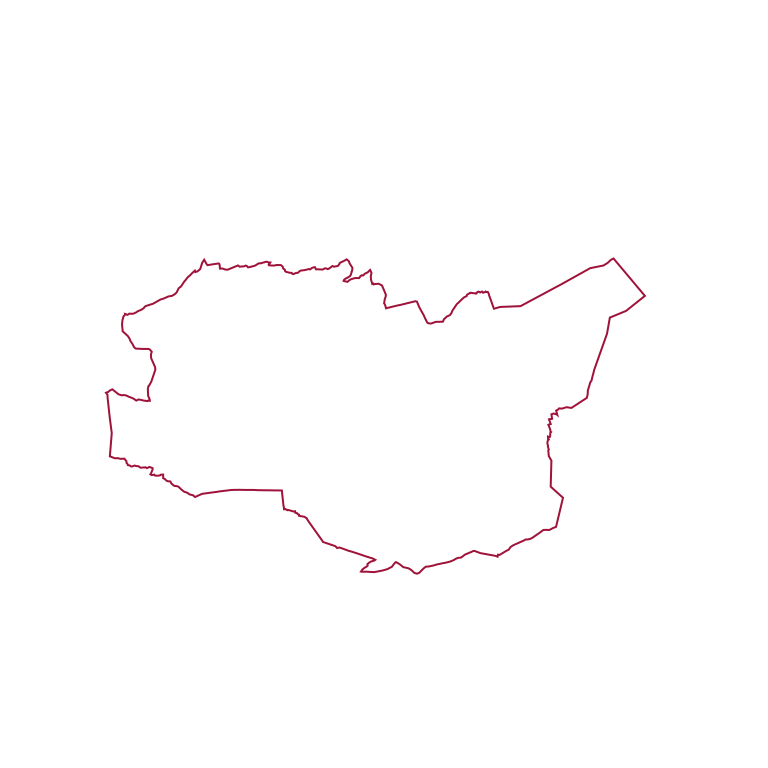 outline of Atlatlahucan, Morelos, Mexico, rotated 50°
{"feature_id": "50627088B89977310862444", "entity_name": "Atlatlahucan", "entity_type": "district", "adm_level": 2, "iso_a3": "MEX", "parent_name": "Mexico", "parent_adm1": "Morelos", "projection": "natural_earth1", "projection_center": [-98.903, 18.941], "detail": "fine", "context": "isolated", "style": "outline", "palette": "rose", "viewbox_px": 768, "rotation_deg": 50, "n_neighbors": 0, "source": "geoboundaries", "source_scale": "gbopen_adm2", "svg_char_len": 6165}
<svg xmlns="http://www.w3.org/2000/svg" viewBox="0 0 768 768"><g transform="rotate(50 384 384)"><path d="M586.2,320.0L569.8,322.3L550.3,305.0L545.2,304.1L540.5,300.9L540.2,299.9L537.4,298.8L536.7,298.0L535.3,297.5L534.0,296.6L532.1,294.2L532.4,293.5L531.2,293.3L529.7,292.2L531.1,291.4L531.0,290.5L528.3,288.0L528.2,286.9L527.6,287.1L525.9,286.0L521.6,284.5L521.0,284.4L521.2,283.3L521.8,282.0L517.1,280.3L518.7,277.6L514.8,275.2L515.7,273.0L518.4,271.2L519.0,271.1L515.0,269.2L515.5,267.1L515.2,265.6L517.3,263.4L519.1,259.1L522.8,255.8L525.0,237.6L522.9,234.7L519.9,231.9L516.8,227.1L515.2,224.8L515.2,224.2L515.0,223.2L510.9,217.6L510.6,217.0L508.4,214.1L488.8,180.8L478.3,168.3L483.6,151.6L484.2,127.5L435.4,127.5L434.7,130.5L435.0,134.7L434.3,139.7L427.8,151.6L421.8,183.0L412.1,229.4L399.7,245.4L398.3,248.4L397.9,249.5L397.0,251.4L383.7,246.5L382.0,245.7L380.2,245.3L379.3,246.5L378.5,246.7L378.6,247.5L378.1,248.4L377.8,249.4L376.8,249.3L376.1,249.5L375.7,251.5L374.1,252.1L373.6,253.2L373.8,253.5L373.8,254.1L374.1,255.1L373.9,255.4L373.6,255.3L371.4,257.7L370.9,257.9L370.1,258.7L369.9,259.5L369.5,259.6L369.0,263.0L369.8,264.3L369.1,266.7L369.2,270.3L369.6,274.6L369.6,276.8L371.7,284.2L373.0,286.8L373.6,289.3L372.7,292.5L372.9,294.9L372.9,296.4L374.1,298.7L373.7,299.4L369.6,304.5L368.3,308.2L367.7,309.4L366.3,310.7L364.9,311.4L360.9,310.5L356.6,309.3L350.7,308.2L350.1,308.0L348.5,307.8L346.4,307.2L342.1,305.8L340.8,306.7L334.0,320.5L332.2,323.8L327.3,333.8L325.3,332.8L323.1,332.1L322.1,332.0L321.5,331.1L319.9,329.4L318.0,326.4L316.7,325.1L307.2,322.2L303.8,323.6L301.6,326.7L301.1,327.8L300.1,327.7L299.9,328.7L295.6,326.8L293.0,324.9L290.9,322.2L287.7,321.3L287.8,323.3L288.0,324.1L287.7,326.2L287.3,327.0L287.2,328.0L287.4,329.2L287.4,330.4L286.5,331.0L286.2,332.5L286.6,334.0L286.9,334.9L284.3,338.0L282.7,341.5L282.3,343.1L282.2,344.2L282.3,346.3L279.1,348.7L278.6,347.9L278.5,346.2L278.7,345.0L279.0,344.2L279.5,340.7L279.0,339.2L277.8,337.4L277.2,336.7L277.3,336.6L276.4,335.3L275.0,333.7L274.6,333.5L269.4,332.8L267.4,332.0L264.5,332.5L263.9,336.1L263.1,338.7L262.9,340.1L263.6,341.5L263.9,343.6L261.9,347.0L260.5,347.6L260.2,352.3L259.8,353.3L258.1,354.1L257.4,355.1L256.9,357.4L253.1,361.5L252.6,362.3L251.5,362.2L250.1,361.8L249.4,363.0L248.8,364.5L248.7,367.0L247.7,367.6L245.8,371.5L243.6,374.9L243.3,376.2L243.5,378.1L243.4,378.7L242.5,379.7L241.5,382.9L240.8,383.4L239.5,383.3L237.7,385.2L236.7,385.7L235.3,386.9L233.9,387.2L232.8,386.5L230.7,387.0L229.0,386.2L226.7,386.5L223.8,389.8L222.8,391.8L221.1,393.8L219.1,395.8L218.5,395.7L217.8,393.1L216.6,394.4L215.6,394.8L214.8,395.4L214.1,396.7L213.9,397.4L213.2,398.7L212.3,401.0L211.3,401.9L210.9,403.4L210.5,406.5L209.6,408.6L207.7,412.5L207.2,413.2L205.7,413.2L204.4,413.8L204.0,415.4L201.3,419.2L199.3,419.7L195.9,430.4L194.2,432.1L191.7,433.5L190.2,435.5L187.0,433.3L186.2,433.0L185.7,433.0L185.3,433.3L182.0,438.6L179.6,442.7L178.7,442.9L173.2,441.9L174.3,445.4L177.6,450.5L177.9,451.7L177.8,453.1L177.9,454.3L177.0,456.5L175.6,456.0L175.8,460.4L176.1,462.9L176.0,465.3L176.8,469.0L177.1,471.0L178.8,476.8L178.7,479.8L180.6,484.1L180.7,486.8L180.2,489.7L178.3,493.0L177.0,497.6L175.6,501.0L174.1,509.2L171.1,516.5L171.1,517.7L171.3,518.6L171.4,521.1L171.0,522.0L170.9,523.1L170.3,524.7L169.9,526.3L169.9,527.7L169.5,528.8L169.3,530.0L168.5,531.6L166.7,533.5L166.4,533.9L166.2,535.9L166.0,536.2L164.9,536.7L164.0,537.3L164.5,537.5L164.7,540.0L166.9,543.2L170.2,546.6L174.4,549.4L175.6,550.3L182.7,549.4L185.4,549.7L188.1,550.6L191.9,551.0L195.2,551.8L197.3,551.4L202.4,545.9L205.7,541.9L207.0,541.2L210.0,541.2L211.6,543.6L214.6,545.8L223.9,548.5L226.1,550.0L232.7,560.9L234.4,565.5L234.2,565.7L235.7,567.8L237.8,569.5L241.4,572.2L242.0,572.5L244.8,573.2L246.3,574.2L245.1,575.1L245.2,576.0L242.4,578.6L239.3,580.9L238.0,582.1L237.6,584.2L237.4,584.5L234.7,585.1L232.3,586.2L229.9,587.6L227.2,588.8L225.3,590.3L224.0,592.3L221.2,594.0L213.5,595.5L212.8,597.8L212.8,600.3L212.0,602.6L214.7,602.8L216.3,604.2L232.1,614.8L246.6,624.1L263.2,640.5L267.9,637.9L269.5,635.8L272.0,633.9L274.4,630.8L276.6,631.0L277.5,630.9L279.1,632.0L280.6,631.9L281.6,632.3L283.0,631.1L284.3,630.9L285.1,630.2L286.2,627.4L287.6,626.6L289.1,625.0L291.8,624.2L293.3,621.9L293.9,621.3L294.4,620.3L296.0,619.7L296.5,618.4L296.6,617.2L296.9,616.9L298.3,616.1L299.6,615.4L300.6,616.0L302.6,619.7L303.0,621.0L303.3,620.9L303.5,620.6L304.3,620.7L304.7,620.2L305.8,618.2L306.9,618.3L308.6,616.6L310.0,614.4L310.0,613.3L311.4,611.4L314.2,613.7L316.1,612.9L318.2,612.8L319.8,611.9L321.0,610.5L321.5,610.3L323.1,610.8L324.4,610.7L327.1,610.2L329.3,608.2L330.5,607.5L335.0,607.0L338.1,606.3L340.6,604.7L343.6,603.9L346.5,601.8L349.1,601.4L351.2,594.0L357.3,584.3L359.0,581.7L360.7,578.8L367.3,568.7L372.1,562.8L377.5,556.6L381.6,551.7L384.5,548.6L399.9,530.7L412.7,539.3L413.3,539.5L415.7,541.1L416.3,540.0L418.5,539.2L418.5,538.7L420.8,537.0L423.4,535.4L424.3,533.9L425.6,534.7L427.2,533.6L428.0,533.8L429.4,533.1L430.4,533.8L434.7,530.2L436.3,529.9L436.9,529.5L437.2,529.5L438.0,529.8L441.6,530.2L454.3,531.2L464.3,532.0L465.8,532.3L476.9,525.5L479.4,525.4L480.6,523.3L482.6,522.0L489.6,518.0L490.6,517.2L496.4,513.5L505.2,508.2L510.2,504.9L513.1,503.7L513.0,504.9L511.6,508.2L511.3,510.4L511.3,512.4L512.6,513.3L512.7,515.1L512.3,516.8L512.2,519.7L512.9,522.2L513.7,521.5L516.4,518.2L520.0,514.4L521.9,512.3L525.9,505.1L528.0,500.4L529.1,495.3L528.3,492.2L528.0,490.2L528.1,489.3L531.3,488.1L533.6,487.5L536.6,487.0L540.8,483.8L541.9,483.3L544.7,482.5L548.1,482.2L550.5,480.7L551.3,478.3L550.9,474.3L550.7,470.9L550.9,469.3L552.7,466.8L554.9,462.6L556.0,460.0L559.3,453.7L560.4,451.9L562.6,447.3L563.7,443.7L564.1,441.1L564.9,438.9L566.3,436.8L566.5,436.3L566.6,435.4L566.7,432.6L566.9,430.9L567.9,428.0L568.1,426.8L568.7,425.8L569.1,423.5L570.0,422.0L575.6,418.8L585.8,410.3L587.6,408.9L589.3,408.0L588.0,406.4L589.2,405.4L590.4,397.8L591.1,394.9L590.2,391.8L590.7,388.2L593.7,377.8L594.2,375.4L595.5,373.8L596.7,371.4L597.2,369.1L597.4,366.6L597.9,361.4L598.1,359.0L598.1,357.3L598.3,355.7L599.9,353.6L602.1,351.2L603.0,347.1L604.0,344.0L586.2,320.0Z" fill="none" stroke="#9f1239" stroke-width="2"/></g></svg>